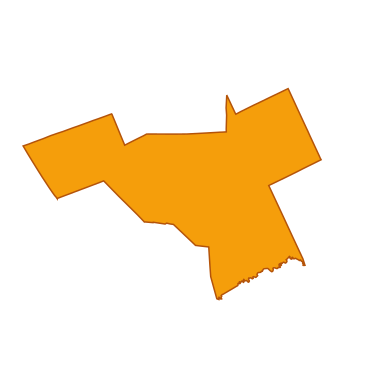 outline of Urzicuta, Dolj, Romania, rotated 64°
{"feature_id": "2599482B75769087144528", "entity_name": "Urzicuta", "entity_type": "district", "adm_level": 2, "iso_a3": "ROU", "parent_name": "Romania", "parent_adm1": "Dolj", "projection": "orthographic", "projection_center": [23.579, 44.001], "detail": "fine", "context": "isolated", "style": "filled", "palette": "amber", "viewbox_px": 384, "rotation_deg": 64, "n_neighbors": 0, "source": "geoboundaries", "source_scale": "gbopen_adm2", "svg_char_len": 5333}
<svg xmlns="http://www.w3.org/2000/svg" viewBox="0 0 384 384"><g transform="rotate(64 192 192)"><path d="M135.5,316.9L136.0,316.6L138.9,316.1L138.7,316.0L141.0,291.4L141.6,285.2L143.3,266.5L163.5,259.8L188.0,251.2L197.3,248.2L198.1,248.0L198.4,247.2L202.5,240.4L202.2,240.1L209.0,230.2L208.9,228.4L211.1,225.7L213.0,222.9L241.1,212.4L241.5,212.3L244.0,208.5L248.7,201.1L248.9,201.1L259.8,205.6L267.1,208.6L276.3,212.3L298.8,216.5L298.9,216.3L299.0,216.2L299.3,216.0L299.5,215.9L300.2,215.3L300.3,215.0L300.4,214.9L300.2,214.8L300.1,214.7L299.9,214.7L299.6,214.9L299.3,215.0L299.2,215.0L298.7,214.0L298.5,213.9L298.7,213.6L299.0,213.6L299.6,213.6L299.8,213.6L300.5,213.3L300.6,213.2L300.9,212.8L301.1,212.2L300.8,212.1L300.7,212.1L300.0,212.7L299.8,212.4L299.4,211.8L299.2,211.6L298.9,211.1L298.6,211.1L298.4,211.1L298.1,211.3L297.9,211.2L297.7,210.7L297.5,210.1L297.4,210.0L297.4,209.9L297.4,209.6L297.5,209.5L297.5,209.3L297.5,208.9L296.4,195.2L296.3,194.1L296.2,192.0L295.5,191.2L294.7,191.0L294.4,190.8L294.4,190.6L294.4,190.3L294.4,190.0L294.9,189.6L295.3,189.3L295.2,188.8L294.6,188.9L294.2,189.1L293.8,189.0L293.6,188.8L293.5,188.7L294.0,188.1L294.3,187.9L294.5,187.8L294.4,187.3L294.3,186.9L294.0,186.6L293.9,186.5L293.9,186.2L294.0,186.0L294.7,185.8L295.1,185.7L295.7,185.4L295.8,185.3L295.6,185.1L295.5,184.8L295.4,184.6L295.2,184.5L294.9,184.5L294.3,184.5L293.9,184.5L293.6,184.3L293.3,184.0L293.2,183.8L293.3,183.7L293.9,183.6L294.7,183.4L295.1,183.2L295.3,182.5L295.5,181.7L296.2,181.5L296.4,181.5L296.7,181.3L297.4,181.1L297.7,181.0L297.8,180.8L297.8,180.4L297.6,180.0L297.3,179.6L297.1,179.5L296.9,179.4L296.4,179.4L296.2,179.4L295.9,179.5L295.7,179.6L295.3,179.3L295.0,179.3L294.6,179.1L294.3,178.8L294.2,178.6L294.4,178.3L294.7,178.0L294.8,177.7L294.7,177.3L294.7,177.2L295.0,176.8L295.4,176.4L295.7,176.2L296.0,176.2L296.4,175.9L296.5,175.6L296.4,175.3L296.3,175.2L296.4,174.9L295.8,174.7L295.1,174.5L295.0,174.1L295.0,173.9L295.9,172.9L296.6,172.3L296.7,171.8L296.4,171.1L296.3,170.7L296.1,169.9L296.0,169.7L295.9,169.6L295.1,169.7L294.8,169.8L294.5,169.7L294.1,169.2L293.5,168.3L293.5,167.7L293.6,167.3L293.8,167.0L293.9,166.5L294.1,165.8L294.3,165.5L294.0,165.1L293.9,164.7L294.0,164.4L293.9,164.1L293.8,163.9L293.9,163.5L294.0,163.4L293.8,163.2L293.7,163.1L293.4,163.1L293.2,162.4L292.6,161.6L292.6,160.8L292.9,159.9L293.4,158.7L293.6,158.0L294.2,157.2L295.4,156.8L297.2,156.1L298.3,155.5L298.6,155.3L298.7,154.8L298.6,154.2L298.3,153.9L297.9,153.4L297.3,153.0L296.7,152.8L296.3,152.8L296.1,152.6L295.8,152.1L295.9,151.9L296.6,150.6L297.3,150.1L297.9,149.4L298.2,148.5L298.1,148.2L297.9,148.0L297.7,147.8L297.6,147.4L297.7,147.0L297.9,146.7L298.1,146.5L298.3,146.3L298.4,146.1L298.4,145.8L298.3,145.6L298.0,145.4L297.7,145.5L297.4,145.7L297.1,145.9L296.7,145.9L296.3,145.9L295.7,145.7L295.4,145.6L295.2,145.4L295.0,144.9L295.0,144.6L295.4,144.6L295.6,144.6L295.9,144.9L296.1,145.3L296.4,145.0L296.5,144.9L296.6,144.6L296.7,144.3L296.8,144.1L297.0,143.9L296.9,143.7L296.7,143.7L296.6,143.8L296.3,143.9L296.1,144.0L295.9,143.8L295.6,143.7L295.3,143.6L295.0,143.3L295.0,143.1L295.0,142.9L295.2,142.7L295.5,142.5L295.7,142.4L295.7,142.2L295.5,141.9L295.3,141.1L295.2,140.8L295.2,140.6L295.3,140.4L295.5,140.1L296.1,139.8L296.6,139.4L296.9,139.0L296.8,138.6L296.5,137.8L296.4,137.5L296.3,137.4L296.0,137.1L295.6,137.0L295.3,137.0L295.1,136.9L294.8,137.0L294.5,137.0L294.1,137.0L294.1,136.7L293.9,136.0L293.4,134.7L293.2,134.0L293.1,133.5L292.8,133.2L292.7,133.1L292.6,132.9L292.6,132.6L292.8,132.5L293.2,132.4L293.5,132.4L293.8,132.7L294.1,132.8L294.4,132.9L294.9,132.8L295.2,132.6L295.8,132.3L296.0,131.9L296.0,131.6L295.5,131.5L295.1,131.3L294.8,130.9L294.7,130.7L294.8,130.3L295.3,130.2L296.0,130.1L296.5,130.0L296.7,129.7L296.7,129.4L297.0,128.9L297.0,128.7L296.9,128.4L296.9,128.2L297.2,127.8L297.8,127.4L298.8,126.7L299.0,126.5L299.9,125.8L300.6,125.6L300.6,124.7L300.6,124.3L301.0,124.0L301.4,124.1L301.5,124.2L302.0,124.1L302.8,123.5L303.2,123.0L303.5,123.0L303.8,123.1L304.1,123.5L304.3,123.7L304.6,123.8L305.1,123.6L305.6,123.5L305.8,123.6L306.0,123.9L306.2,124.2L306.3,124.3L306.6,124.3L306.9,123.9L307.2,123.4L307.2,123.1L307.4,122.6L305.4,122.3L302.6,121.9L301.1,121.7L300.4,121.6L298.4,121.6L294.9,121.5L292.2,121.5L286.8,121.4L275.3,121.2L255.2,120.8L219.8,120.2L219.9,101.6L219.8,86.2L219.7,82.0L219.6,64.8L219.6,62.0L219.6,61.8L217.5,61.9L215.6,61.8L210.1,61.7L199.1,61.5L193.5,61.4L187.6,61.2L185.9,61.2L180.4,61.1L165.2,60.8L143.1,60.3L141.2,60.3L141.1,80.4L141.1,89.3L141.0,97.7L141.1,113.0L141.3,118.5L139.3,118.6L135.1,118.5L133.4,118.5L127.4,118.4L120.7,118.3L120.7,118.6L131.4,124.5L138.1,127.2L150.5,133.7L152.8,134.7L153.0,134.8L151.6,138.2L150.4,140.9L145.7,152.2L141.6,161.9L137.8,170.8L135.1,176.5L132.7,181.5L131.4,184.2L120.9,205.5L120.1,207.3L120.0,207.5L120.2,210.8L120.2,212.4L120.2,213.8L120.2,216.8L120.3,225.7L120.4,230.8L120.4,232.0L119.6,231.9L109.4,231.3L95.3,230.4L87.1,229.9L86.6,230.0L86.5,231.0L86.4,231.2L86.2,233.3L85.9,236.6L85.2,242.9L85.0,244.8L84.4,249.6L84.0,253.9L83.1,262.4L82.8,265.4L82.2,270.2L81.9,273.0L81.1,281.1L80.2,287.6L79.8,291.1L79.4,294.1L78.8,302.9L78.5,305.4L77.7,313.5L77.4,317.2L76.6,323.6L85.4,322.9L92.8,322.2L100.7,321.4L105.5,320.9L112.9,320.1L125.3,318.5L131.4,317.6L135.5,316.9Z" fill="#f59e0b" stroke="#b45309" stroke-width="1.5"/></g></svg>